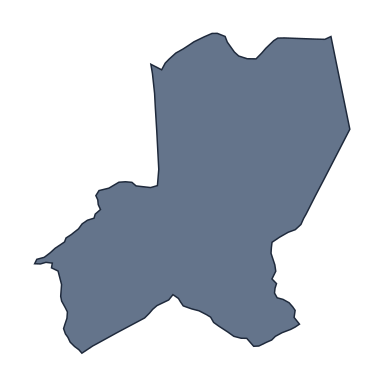 the district of Caetés, Pernambuco, Brazil, rotated 87°
{"feature_id": "56859067B96397731147508", "entity_name": "Caetés", "entity_type": "district", "adm_level": 2, "iso_a3": "BRA", "parent_name": "Brazil", "parent_adm1": "Pernambuco", "projection": "equal_earth", "projection_center": [-36.636, -8.815], "detail": "fine", "context": "isolated", "style": "filled", "palette": "slate", "viewbox_px": 384, "rotation_deg": 87, "n_neighbors": 0, "source": "geoboundaries", "source_scale": "gbopen_adm2", "svg_char_len": 1719}
<svg xmlns="http://www.w3.org/2000/svg" viewBox="0 0 384 384"><g transform="rotate(87 192 192)"><path d="M349.3,138.5L349.3,133.3L345.9,125.3L344.0,120.2L340.5,116.3L337.2,109.4L334.4,100.7L332.3,96.1L329.6,91.6L322.6,96.6L315.6,95.2L311.9,97.5L307.7,100.8L304.0,106.7L302.1,112.5L297.2,114.9L292.4,114.1L287.9,112.4L283.0,116.7L275.5,112.5L269.1,113.1L257.3,116.3L251.5,115.6L246.4,114.7L241.8,107.1L237.3,98.2L235.0,90.8L230.1,84.9L224.2,81.9L220.0,79.2L202.4,69.1L187.9,60.5L137.6,31.1L69.6,41.3L44.0,45.1L46.5,51.3L45.8,60.5L43.0,91.6L42.8,98.3L45.2,102.5L52.4,110.8L56.8,115.0L62.4,121.1L61.8,130.0L58.6,138.3L54.4,142.4L44.2,148.9L38.4,150.8L34.9,158.4L34.7,163.7L37.6,171.5L42.1,182.2L45.3,187.5L48.7,193.4L52.4,200.9L58.1,207.9L61.9,212.0L68.4,215.9L62.3,226.4L71.7,225.3L91.7,224.2L106.6,224.2L130.1,224.0L159.5,224.0L167.7,224.0L183.8,226.2L185.4,233.1L184.2,240.4L183.0,247.5L179.2,251.5L178.3,257.9L178.4,264.5L183.8,274.8L185.7,284.8L190.6,288.2L194.9,286.5L199.7,286.3L204.7,284.3L209.0,289.8L213.0,291.2L214.7,297.9L218.1,303.4L222.9,307.3L228.4,315.1L231.3,320.2L235.2,321.9L241.0,331.6L245.5,337.1L249.5,343.0L251.1,350.5L255.4,352.9L255.9,347.1L254.6,341.6L255.7,335.2L260.4,336.3L263.9,329.9L277.6,327.1L289.3,328.6L294.1,327.9L300.9,324.6L305.2,322.7L311.6,323.5L317.4,325.8L321.7,327.4L327.1,325.8L330.7,323.5L335.6,321.5L340.1,317.4L343.6,313.2L347.2,310.4L340.5,299.1L338.1,294.0L328.8,274.8L315.3,245.9L310.8,240.9L307.1,237.4L303.6,232.9L298.6,220.9L293.5,216.4L297.6,211.1L301.2,209.2L305.3,206.7L308.7,198.5L311.0,191.2L314.9,184.5L317.9,180.0L323.4,177.2L327.4,172.2L333.6,163.7L338.3,157.8L340.6,150.6L341.0,145.0L349.3,138.5Z" fill="#64748b" stroke="#1e293b" stroke-width="1.5"/></g></svg>